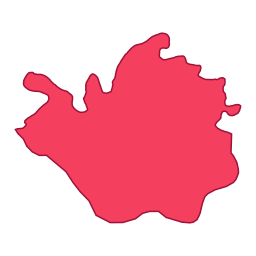 Junggang, Chagang-do, North Korea
{"feature_id": "82179303B78642437827574", "entity_name": "Junggang", "entity_type": "district", "adm_level": 2, "iso_a3": "PRK", "parent_name": "North Korea", "parent_adm1": "Chagang-do", "projection": "robinson", "projection_center": [126.877, 41.668], "detail": "fine", "context": "isolated", "style": "filled", "palette": "rose", "viewbox_px": 256, "rotation_deg": 0, "n_neighbors": 0, "source": "geoboundaries", "source_scale": "gbopen_adm2", "svg_char_len": 5630}
<svg xmlns="http://www.w3.org/2000/svg" viewBox="0 0 256 256"><path d="M166.3,217.6L167.1,217.7L182.1,222.2L189.9,222.8L193.2,222.2L196.9,219.8L198.7,216.4L200.1,213.1L202.4,203.4L204.8,196.7L207.8,193.7L215.3,189.7L226.4,186.4L233.6,182.3L236.0,179.3L237.4,175.9L238.5,172.7L238.3,169.2L236.8,162.3L233.3,155.7L231.0,152.8L231.6,134.0L230.0,133.2L228.1,132.4L224.7,131.5L222.4,130.6L220.8,130.1L219.6,129.4L219.1,129.0L218.2,128.6L217.2,127.8L216.4,126.9L215.8,126.3L215.6,126.0L215.3,125.4L215.3,124.6L216.3,122.9L217.1,121.9L218.5,120.7L219.8,119.2L220.4,118.7L220.8,118.1L220.9,117.4L220.8,117.0L221.1,115.4L221.1,114.9L221.2,114.3L221.7,113.6L221.7,113.1L222.2,112.1L222.4,111.8L223.1,111.6L223.5,111.3L223.9,111.2L225.0,111.3L226.1,111.6L226.9,112.1L227.3,113.0L227.9,113.9L228.4,114.4L228.9,114.8L230.1,115.4L231.4,115.6L232.7,115.6L233.8,115.1L234.9,114.9L235.4,114.5L235.9,114.2L236.3,113.9L237.3,113.6L237.7,113.3L238.1,112.9L239.1,111.3L239.3,110.8L239.6,110.4L239.8,109.6L239.8,109.1L240.0,108.6L240.4,107.8L240.6,107.0L240.6,106.6L240.6,106.1L240.4,105.7L239.5,105.0L238.7,104.7L238.3,104.7L237.5,104.6L235.6,104.8L234.8,105.1L234.3,105.1L232.8,105.6L230.6,106.0L229.6,106.3L229.0,106.3L227.4,106.1L226.3,105.7L225.6,105.2L225.3,104.9L225.0,104.1L224.9,103.5L224.9,103.1L224.8,102.6L224.9,100.5L225.3,99.7L225.8,98.9L226.0,98.5L226.0,97.8L225.5,96.0L225.4,94.5L225.0,93.5L224.7,93.1L224.5,92.8L224.0,92.3L223.6,91.6L223.4,91.3L223.1,90.0L223.1,88.4L223.1,87.8L223.3,86.6L223.5,86.2L223.8,85.8L224.2,85.5L224.5,85.1L224.7,84.5L225.0,83.0L224.9,82.3L225.0,79.5L224.8,79.1L224.5,78.7L223.9,78.3L223.2,77.9L222.6,77.7L219.4,78.3L219.1,78.7L218.7,79.0L218.0,79.4L217.5,79.5L216.4,79.5L215.3,79.2L214.7,79.2L213.6,79.6L213.1,79.6L206.6,79.5L205.1,79.3L204.5,79.1L202.8,78.4L200.6,77.2L199.1,76.3L198.4,75.7L198.2,75.4L198.1,75.1L198.4,74.1L199.2,72.5L199.5,72.1L200.3,70.6L200.4,70.2L200.5,69.6L200.7,68.7L200.8,68.2L200.8,67.3L200.5,66.1L200.2,65.8L199.5,65.4L196.6,65.5L195.0,65.2L192.2,64.6L190.3,64.4L188.6,63.9L187.6,63.5L186.9,62.9L186.4,62.3L186.2,61.8L185.5,58.8L184.7,57.4L184.4,56.9L183.9,56.4L183.2,56.1L182.7,56.0L180.4,56.2L179.8,56.2L177.8,56.4L175.7,56.9L174.8,57.3L173.8,57.7L172.7,58.0L172.3,58.0L171.2,58.3L169.5,58.7L166.0,59.6L164.9,59.8L164.1,59.8L163.5,59.7L162.1,59.0L161.7,58.6L161.2,58.2L159.9,57.3L159.6,56.7L159.4,56.3L159.3,54.5L159.4,54.1L159.5,53.4L159.6,51.0L159.8,50.3L160.1,49.5L160.5,48.9L161.1,48.5L161.6,48.3L162.4,48.0L163.2,48.0L164.1,48.0L165.5,48.3L166.0,48.3L167.2,48.0L167.6,47.8L168.4,47.2L168.6,46.8L169.2,45.4L169.3,44.7L169.4,43.9L169.1,42.2L169.3,40.8L169.4,40.1L169.3,38.9L169.1,37.6L168.2,35.9L167.5,35.0L167.1,34.7L166.6,34.3L165.9,34.0L164.7,33.6L162.6,33.2L162.0,33.2L161.0,33.3L159.8,33.7L158.8,34.2L157.6,34.6L156.6,34.8L156.0,35.0L155.5,35.3L152.5,36.5L151.1,37.5L146.6,41.2L144.9,42.2L142.4,43.5L139.4,44.3L136.7,44.9L134.9,45.6L133.8,46.3L131.2,48.4L130.4,49.4L129.6,50.1L128.9,50.9L128.5,51.4L127.7,52.2L127.0,53.3L126.6,53.6L126.2,53.8L125.4,54.6L125.1,55.0L124.7,55.3L124.4,55.9L122.7,58.5L121.7,60.0L121.3,60.5L120.4,62.3L119.9,63.0L119.5,63.7L117.7,66.6L116.9,69.0L116.5,70.8L116.3,71.1L116.2,71.1L116.1,72.2L115.9,73.1L115.7,73.6L115.7,74.2L115.5,74.7L115.3,76.3L114.8,78.1L114.0,79.5L113.1,80.7L112.5,81.9L112.5,83.0L112.8,83.9L112.9,84.4L112.8,85.0L112.6,85.5L112.4,87.0L112.2,87.9L111.8,89.1L111.5,89.8L111.4,90.6L111.3,91.2L111.0,91.5L108.6,92.6L107.3,93.0L106.7,93.1L105.1,93.1L104.4,92.9L103.8,92.7L102.8,92.3L101.8,90.3L101.0,87.9L100.2,85.2L99.9,84.7L98.6,80.6L98.4,80.1L97.9,78.4L96.8,76.6L96.6,76.4L95.9,75.8L94.9,74.9L94.1,74.4L93.6,74.2L92.5,74.0L91.9,74.2L91.7,74.3L90.7,75.2L90.5,75.6L90.1,75.9L89.9,76.2L89.4,77.3L87.6,80.4L86.6,82.3L86.3,82.8L86.2,83.3L85.8,85.7L85.9,87.7L85.8,89.6L86.2,91.5L86.2,92.3L85.6,94.1L85.4,94.5L85.2,95.4L85.0,95.8L84.6,96.9L84.0,97.6L83.6,98.2L83.6,98.6L83.9,99.7L84.1,100.3L85.1,103.0L85.3,103.4L85.6,103.7L85.9,104.3L86.6,106.5L87.1,107.6L87.6,109.7L87.4,110.0L86.5,110.8L85.0,111.7L84.4,111.9L83.8,112.1L82.4,112.3L81.0,112.3L79.9,112.2L78.7,111.7L77.1,110.9L76.7,110.6L75.5,109.7L74.0,108.1L73.3,107.3L72.6,106.2L72.3,105.3L72.1,103.9L72.1,102.2L72.5,99.6L72.6,97.4L72.5,96.9L72.0,95.7L71.6,95.1L70.2,93.9L68.9,93.0L67.7,91.9L67.3,91.7L66.8,91.3L66.4,91.2L65.9,91.0L64.7,90.8L64.2,90.6L62.5,90.0L60.1,88.8L58.1,87.4L56.9,86.5L55.4,84.9L54.4,84.5L53.4,83.6L51.1,81.4L50.0,79.9L49.1,79.1L48.7,78.6L47.7,77.8L47.2,77.3L46.1,76.6L45.0,75.9L43.9,75.4L41.2,74.5L40.1,74.4L37.5,74.4L37.1,74.3L36.1,74.3L35.4,74.1L33.8,73.5L33.6,73.3L33.2,72.7L32.8,72.5L32.4,72.4L29.6,72.6L28.8,72.9L28.5,73.1L26.9,74.8L26.5,75.5L25.0,78.0L24.0,80.0L23.8,80.7L23.7,82.2L23.5,83.1L23.5,83.9L23.7,84.7L24.0,85.5L25.1,87.0L27.8,89.1L28.6,89.6L29.3,89.9L30.9,90.5L33.9,91.1L35.7,91.3L37.8,91.4L38.5,91.4L39.1,91.5L40.7,91.9L42.4,92.7L44.7,93.5L45.7,94.0L47.0,94.6L47.7,95.0L48.0,95.4L48.3,95.8L48.5,96.3L48.8,97.9L48.9,98.4L48.8,99.4L48.4,100.3L47.7,101.7L46.5,102.9L45.1,104.0L44.7,104.2L43.4,105.2L43.1,105.5L41.6,106.8L40.9,107.5L39.3,108.9L38.6,109.7L37.5,111.0L36.6,112.0L35.5,113.2L33.8,114.6L32.0,115.5L29.9,117.0L29.0,117.4L28.5,117.8L27.6,118.3L26.1,119.7L25.7,119.9L25.0,120.7L24.8,121.0L24.7,122.0L24.7,122.4L25.0,123.0L26.0,123.8L26.2,124.4L26.2,124.8L26.1,125.1L25.8,125.4L24.9,126.4L23.5,127.8L22.8,128.2L21.7,128.4L21.0,128.4L20.1,128.6L17.4,128.8L15.4,129.5L18.0,133.6L23.4,139.0L26.9,146.3L32.2,151.8L39.3,155.4L46.5,155.3L66.0,171.7L73.1,182.6L80.2,191.7L89.0,200.8L96.1,215.3L110.3,222.6L122.8,222.5L135.4,218.8L142.6,213.3L149.7,211.4L158.6,211.4L166.3,217.6Z" fill="#f43f5e" stroke="#9f1239" stroke-width="1.5"/></svg>